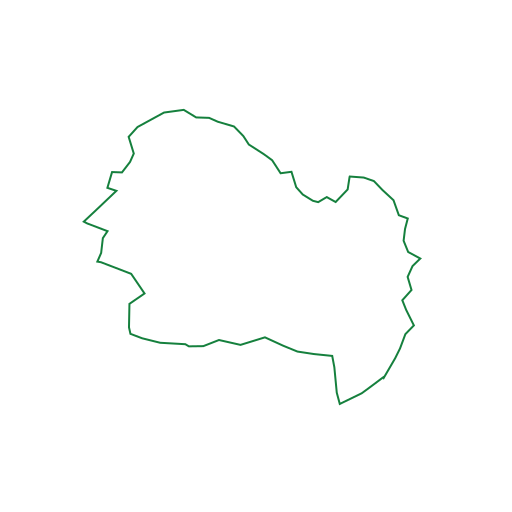 outline of Thrinia, Paphos, Cyprus, rotated 237°
{"feature_id": "46923920B18450793739179", "entity_name": "Thrinia", "entity_type": "district", "adm_level": 2, "iso_a3": "CYP", "parent_name": "Cyprus", "parent_adm1": "Paphos", "projection": "equal_earth", "projection_center": [32.52, 34.911], "detail": "fine", "context": "isolated", "style": "outline", "palette": "green", "viewbox_px": 512, "rotation_deg": 237, "n_neighbors": 0, "source": "geoboundaries", "source_scale": "gbopen_adm2", "svg_char_len": 1153}
<svg xmlns="http://www.w3.org/2000/svg" viewBox="0 0 512 512"><g transform="rotate(237 256 256)"><path d="M84.2,296.7L86.6,301.5L94.5,317.1L100.0,326.4L109.1,338.7L110.3,343.9L111.8,350.6L129.1,352.6L139.2,354.6L142.8,367.9L155.9,371.8L162.3,381.8L164.4,392.4L176.5,385.8L188.4,388.1L197.5,395.7L204.8,403.7L212.4,398.0L227.9,401.7L242.5,398.0L254.6,395.7L263.1,389.1L271.6,377.9L271.3,377.5L261.9,369.1L257.9,352.2L266.9,347.4L267.3,337.5L271.3,333.8L282.1,328.7L291.8,327.2L307.3,331.6L312.0,321.7L327.5,321.7L337.2,318.0L353.4,310.7L363.5,310.7L376.6,308.1L389.4,297.1L397.4,291.9L404.8,281.3L417.9,275.0L426.4,257.0L428.7,226.9L425.3,214.1L408.5,209.3L403.5,201.6L399.1,189.1L404.8,181.0L394.1,168.5L386.7,174.4L382.6,152.4L378.6,130.3L375.2,132.2L357.7,145.0L354.4,137.3L342.9,127.8L337.7,119.9L335.2,122.6L309.0,141.6L285.3,142.1L284.8,123.8L265.3,110.6L259.1,108.3L249.0,115.7L235.4,128.4L220.5,148.7L216.8,150.5L209.1,162.7L205.7,179.2L189.9,194.6L182.9,219.2L166.0,229.9L153.3,238.7L142.2,251.2L130.7,265.5L120.0,261.1L97.4,249.3L86.3,245.7L83.3,269.9L84.0,282.0L85.0,296.7L84.2,296.7Z" fill="none" stroke="#15803d" stroke-width="2"/></g></svg>